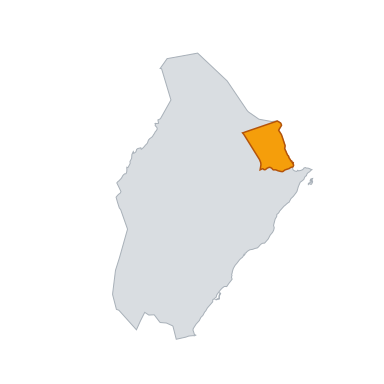 location of Najran within Saudi Arabia, rotated 245°
{"feature_id": "SAU-1096", "entity_name": "Najran", "entity_type": "Region", "adm_level": 1, "iso_a3": "SAU", "parent_name": "Saudi Arabia", "parent_adm1": "", "projection": "natural_earth1", "projection_center": [44.686, 18.237], "detail": "fine", "context": "in_parent", "style": "filled", "palette": "amber", "viewbox_px": 384, "rotation_deg": 245, "n_neighbors": 0, "source": "natural_earth", "source_scale": "10m", "svg_char_len": 5148}
<svg xmlns="http://www.w3.org/2000/svg" viewBox="0 0 384 384"><g transform="rotate(245 192 192)"><path d="M277.8,270.8L242.6,276.4L240.7,277.0L229.7,283.4L222.2,294.0L220.5,299.0L219.6,299.8L218.1,300.8L216.7,301.5L214.6,301.4L212.0,297.5L211.4,296.7L210.8,296.7L206.1,297.2L196.3,296.2L194.6,295.9L192.5,294.6L191.9,294.3L191.3,294.3L186.2,294.2L183.7,294.6L181.3,294.5L178.7,294.7L177.8,295.2L176.9,295.2L176.2,295.6L175.7,295.8L175.1,295.4L174.3,295.5L173.1,295.2L172.4,294.4L171.6,293.6L170.9,293.2L170.1,293.0L169.4,293.0L168.5,293.4L167.9,293.8L166.5,295.3L166.4,295.8L167.1,296.7L166.9,297.1L166.0,297.6L165.8,299.0L165.6,299.7L165.5,301.5L165.9,303.0L166.4,303.5L166.4,304.1L166.1,305.3L165.4,305.7L164.8,306.9L164.5,307.4L163.9,308.0L161.5,310.1L161.4,308.9L160.6,307.1L160.6,305.9L160.2,304.6L159.6,303.6L158.4,302.6L158.3,301.3L157.4,299.9L156.2,298.8L155.6,296.8L155.1,294.2L152.0,290.7L148.2,287.4L147.1,285.6L145.2,281.9L144.2,278.9L141.7,275.6L141.6,274.3L141.2,272.7L140.6,270.9L140.3,269.5L137.7,263.4L136.9,262.4L136.2,261.1L136.0,260.0L135.8,259.4L134.0,258.4L132.3,255.9L127.3,251.8L124.8,251.4L122.9,249.9L121.4,248.0L119.9,244.7L117.2,241.2L115.0,236.2L115.7,234.3L115.7,233.0L115.0,230.9L114.2,229.2L113.7,227.6L114.2,225.3L114.4,222.8L114.8,221.4L115.2,219.9L114.8,216.9L114.0,215.3L114.1,214.3L113.2,213.8L112.6,212.6L113.3,212.6L112.0,211.0L111.5,210.1L111.0,207.9L110.4,206.3L108.4,202.5L107.4,200.2L105.3,197.2L102.9,195.0L101.4,194.0L100.7,193.1L99.5,193.0L98.1,191.7L97.2,191.7L96.0,191.5L94.7,189.0L93.5,186.6L91.6,183.5L92.1,182.7L92.7,181.4L92.4,179.7L92.1,178.6L91.3,176.5L88.5,171.2L87.8,170.5L86.6,169.6L85.9,167.3L85.6,165.3L83.7,164.3L80.4,156.9L78.5,154.3L77.8,152.6L75.6,149.8L74.6,147.0L72.4,144.3L70.5,139.8L67.6,135.3L66.3,134.5L63.2,134.2L61.9,133.9L60.7,134.9L60.6,133.6L61.5,131.9L62.8,128.2L63.1,125.0L65.2,115.5L78.3,118.0L79.0,117.8L84.1,113.4L87.0,108.3L87.6,107.8L96.5,105.9L96.8,105.6L98.6,101.1L98.8,100.8L99.1,100.6L102.9,98.3L96.9,90.7L90.6,83.4L115.3,75.9L115.8,75.7L117.6,73.9L128.4,75.9L132.6,76.7L133.9,77.4L153.4,89.6L163.0,98.4L185.5,117.8L185.8,117.9L206.1,119.9L208.3,119.4L213.9,120.1L219.4,121.0L220.5,123.3L221.0,124.8L221.3,126.4L222.4,127.8L227.1,127.8L232.0,127.7L232.7,129.1L233.0,130.5L234.3,133.8L236.2,136.4L236.6,137.4L236.9,138.8L236.6,139.3L236.5,140.0L237.9,141.4L240.1,142.6L241.0,142.9L242.0,143.4L241.2,144.3L242.6,146.2L244.1,148.1L245.8,148.6L248.0,151.5L251.4,153.4L253.5,155.9L253.3,155.9L252.7,155.7L251.9,155.3L251.7,155.7L251.8,156.7L252.0,157.9L253.0,159.0L254.0,159.8L254.3,161.2L253.7,164.3L253.4,164.3L252.9,164.1L252.4,164.0L252.1,164.2L252.7,166.4L253.4,168.1L254.1,169.5L254.8,171.5L255.3,172.4L257.5,174.5L258.2,176.2L258.9,179.5L260.2,181.4L261.0,182.8L262.0,184.0L262.7,185.6L263.6,186.9L264.1,187.2L264.8,187.4L265.7,187.4L266.7,187.0L267.8,186.7L268.7,187.4L269.6,187.3L269.7,187.9L269.1,188.7L268.4,190.7L269.5,191.1L270.5,191.2L271.2,191.5L271.7,191.5L271.7,192.0L271.7,193.9L272.0,194.7L284.3,211.8L316.4,216.5L316.6,216.5L317.4,215.3L323.4,225.8L315.5,255.8L277.8,270.8ZM151.2,304.9L152.1,305.0L151.7,304.5L151.7,304.3L152.1,303.6L153.5,305.0L153.4,306.7L153.3,307.1L152.9,306.7L152.7,306.4L152.6,306.0L152.2,305.6L150.9,305.9L150.0,305.4L148.8,304.0L148.5,303.0L149.0,302.8L149.5,302.3L149.9,301.5L149.6,300.6L150.3,300.8L150.7,301.6L150.7,303.6L150.8,304.0L150.6,304.4L151.2,304.9ZM88.2,175.1L87.9,175.1L87.1,174.1L86.6,173.3L86.0,172.8L83.7,171.8L83.4,171.2L83.7,170.5L84.0,171.2L84.4,171.5L86.4,172.5L88.5,174.5L88.9,174.6L88.2,175.1ZM84.5,170.1L84.4,170.4L83.9,169.8L83.9,168.7L84.4,168.0L84.3,168.9L84.5,169.8L84.5,170.1Z" fill="#d9dde1" stroke="#a8b0b8" stroke-width="1"/><path d="M220.3,299.3L218.9,300.3L217.3,301.3L216.9,301.5L216.5,301.5L214.8,301.4L214.7,301.4L213.4,299.6L212.5,298.2L211.6,296.9L211.2,296.6L208.4,297.0L206.3,297.3L203.2,297.0L200.8,296.7L197.6,296.3L194.9,296.0L194.3,295.8L192.3,294.4L191.6,294.3L189.4,294.3L189.1,294.3L187.5,294.2L185.0,294.2L184.7,294.3L183.9,294.6L183.5,294.7L182.7,294.4L181.9,294.4L180.7,294.6L179.7,294.8L179.4,294.8L178.9,294.7L178.6,294.6L178.5,294.8L178.3,295.1L178.1,295.4L177.8,295.5L177.5,295.5L177.0,295.2L176.8,295.2L176.5,295.3L176.3,295.6L176.2,295.9L176.0,296.1L175.7,296.2L175.4,296.0L175.4,295.9L175.4,295.6L175.4,295.4L175.0,295.5L174.8,295.5L174.3,295.4L173.8,295.5L173.6,295.5L173.3,295.4L172.8,294.9L172.2,294.1L172.2,293.6L172.5,292.1L172.5,291.4L172.2,290.4L172.2,290.1L172.2,289.7L172.3,289.1L172.7,285.7L172.6,285.1L172.5,284.5L172.3,283.8L172.2,283.2L172.2,282.8L172.3,282.4L172.6,281.9L172.9,281.4L174.9,278.9L176.4,277.6L176.8,277.1L176.9,276.8L177.1,276.5L177.4,275.7L177.5,275.4L177.8,275.0L178.1,274.8L178.4,274.7L179.3,274.5L179.9,274.2L180.4,273.9L181.0,273.5L181.2,273.2L181.4,273.0L181.6,272.7L181.7,272.3L181.8,271.9L181.8,271.3L181.8,270.8L181.8,270.1L181.3,268.2L181.3,267.9L181.4,267.5L181.7,266.9L182.0,266.6L182.9,266.2L183.1,266.0L183.2,265.8L183.3,265.4L183.3,265.0L183.3,263.1L186.8,265.5L187.8,266.1L188.4,266.3L189.6,266.7L192.9,266.9L222.5,263.3L224.2,262.8L220.3,299.3L220.3,299.3Z" fill="#f59e0b" stroke="#b45309" stroke-width="1.5"/></g></svg>